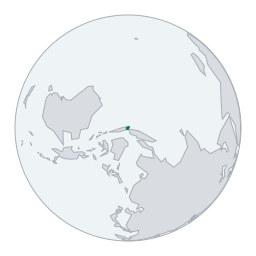 Banten highlighted on a globe, orthographic projection, rotated 156°
{"feature_id": "IDN-1226", "entity_name": "Banten", "entity_type": "Province", "adm_level": 1, "iso_a3": "IDN", "parent_name": "Indonesia", "parent_adm1": "", "projection": "orthographic", "projection_center": [105.895, -6.442], "detail": "fine", "context": "on_globe", "style": "filled", "palette": "green", "viewbox_px": 256, "rotation_deg": 156, "n_neighbors": 0, "source": "natural_earth", "source_scale": "10m", "svg_char_len": 7100}
<svg xmlns="http://www.w3.org/2000/svg" viewBox="0 0 256 256"><g transform="rotate(156 128 128)"><circle cx="128" cy="128" r="113" fill="#eef3f6" stroke="#a8b0b8"/><path d="M232.1,155.7L231.9,156.5L232.1,155.7ZM172.3,24.4L173.8,25.1L169.3,23.2L172.3,24.4ZM31.7,69.6L33.8,66.3L33.8,68.1L36.1,67.1L43.2,57.7L39.5,59.1L42.4,55.1L48.2,50.2L52.0,49.7L53.3,48.2L53.9,45.4L57.8,42.4L54.4,44.3L53.5,45.6L51.4,47.0L52.1,45.9L53.4,44.8L53.2,44.5L46.8,50.4L45.2,52.4L42.6,54.5L39.7,58.2L37.9,60.4L40.0,57.7L45.6,51.2L51.6,45.2L58.2,39.6L65.1,34.6L72.4,30.1L73.2,29.6L81.9,25.2L91.0,21.6L88.9,22.6L85.7,23.8L85.3,23.8L81.7,25.5L83.9,24.5L83.6,24.8L87.7,23.1L87.7,23.3L91.5,21.7L92.0,21.7L89.5,22.7L95.9,20.8L98.0,20.8L99.5,20.3L100.4,19.9L102.5,20.4L103.4,20.1L103.1,19.7L104.9,19.0L108.7,18.0L109.2,18.2L107.9,18.6L105.9,20.0L102.3,21.3L102.9,21.4L106.1,20.3L108.6,18.5L110.8,17.9L110.1,18.5L110.5,18.2L111.7,18.0L113.4,18.1L114.4,17.4L127.4,15.9L131.9,16.4L129.9,16.9L139.5,17.3L143.9,18.5L143.6,18.1L148.0,18.5L146.7,18.1L146.8,18.0L157.5,19.8L160.4,20.7L164.7,21.7L162.6,20.9L166.3,22.1L169.3,23.2L173.8,25.1L178.2,27.2L177.5,27.2L179.0,28.4L175.8,27.8L177.2,29.1L178.8,29.8L181.9,32.4L183.0,36.0L175.3,29.9L172.3,25.6L172.9,26.9L170.8,25.8L169.8,25.9L170.4,27.1L171.7,27.7L162.3,26.8L159.8,30.2L164.9,31.1L168.0,33.2L169.6,39.7L159.9,47.4L164.1,51.7L164.3,54.2L160.7,55.0L160.2,51.4L156.6,49.5L156.9,47.5L150.9,48.2L151.1,45.5L146.4,47.7L148.1,50.2L153.3,50.3L149.2,53.9L154.4,58.9L155.0,64.3L146.0,73.2L136.9,75.4L136.4,77.3L132.8,74.9L128.0,78.3L134.6,89.7L134.4,93.0L126.6,98.8L126.4,96.3L116.9,89.8L115.1,97.6L122.3,104.7L124.7,112.8L119.2,110.0L116.7,102.9L113.3,100.4L114.3,93.5L111.6,83.5L106.0,85.2L106.5,81.3L102.0,73.4L94.0,75.9L81.2,86.4L79.4,96.7L75.0,101.5L70.0,86.9L70.5,77.4L67.0,78.5L63.3,71.1L52.0,71.8L51.9,69.6L49.4,71.0L47.1,69.2L47.5,65.6L45.3,66.3L44.7,75.7L47.1,75.1L51.2,70.9L50.4,74.5L52.9,77.4L44.8,87.2L30.6,97.8L31.7,90.2L33.9,71.8L35.2,69.5L35.3,69.3L35.5,68.9L33.1,72.6L34.3,69.2L30.5,81.9L28.7,87.9L30.3,98.3L29.6,99.7L30.9,101.7L38.0,97.6L37.5,100.2L32.6,113.1L24.9,132.1L27.4,143.7L29.3,154.1L27.7,162.0L31.1,169.9L30.8,173.3L32.9,177.9L34.5,183.2L35.9,188.7L34.9,190.4L32.2,186.3L27.7,179.1L23.5,170.0L20.8,162.5L18.6,154.7L16.9,146.9L15.9,138.9L15.4,130.9L15.5,122.8L16.1,114.8L17.4,106.9L19.1,99.1L21.5,91.4L24.4,83.9L27.8,76.6L31.7,69.6ZM53.4,54.2L57.3,54.1L60.0,49.0L61.7,48.7L62.0,47.2L60.2,48.7L61.5,44.7L64.8,43.1L66.6,41.1L65.4,41.1L59.1,44.8L57.2,50.2L54.4,52.5L53.4,54.2ZM41.3,59.4L39.3,61.4L39.6,60.7L40.2,60.2L41.3,59.4ZM37.4,61.3L37.2,61.9L36.9,62.0L37.4,61.3ZM83.2,205.3L85.6,206.7L84.1,207.0L83.2,205.3ZM38.5,150.5L40.6,169.3L38.0,169.9L35.3,164.7L33.0,153.5L35.4,149.8L35.9,144.6L38.5,150.5ZM153.1,134.4L156.5,135.3L156.4,135.9L153.1,134.4ZM149.6,132.2L153.5,132.8L148.9,133.3L149.6,132.2ZM155.0,133.0L158.9,132.5L160.6,131.8L160.3,132.9L155.0,133.0ZM147.0,132.0L132.6,130.6L127.0,128.8L128.3,126.9L137.5,128.1L147.0,132.0ZM127.8,126.8L119.2,120.9L107.4,104.9L111.6,105.3L124.0,115.2L123.2,116.8L128.4,121.4L127.8,126.8ZM148.8,118.5L148.0,123.4L140.1,122.2L136.5,121.1L134.0,114.6L135.4,111.5L138.3,111.8L149.8,102.2L153.8,105.2L150.3,109.3L153.5,113.9L148.8,118.5ZM79.8,97.7L82.0,103.9L79.7,105.0L79.8,97.7ZM154.4,95.4L149.8,99.5L154.0,93.9L154.4,95.4ZM156.9,90.1L157.2,92.4L155.3,90.0L156.9,90.1ZM136.3,80.2L133.1,80.5L133.1,79.0L137.0,77.7L136.3,80.2ZM155.4,69.2L155.4,73.4L154.8,74.8L153.3,72.0L155.4,69.2ZM111.6,16.9L105.6,17.9L101.7,18.9L100.2,19.6L99.7,19.3L105.7,17.8L111.6,16.9ZM125.3,15.9L126.6,15.7L127.8,15.8L127.7,15.8L125.3,15.9ZM124.9,15.8L123.2,15.6L125.0,15.5L126.0,15.6L124.9,15.8ZM205.8,197.5L206.1,199.1L202.9,202.0L198.9,204.6L196.0,204.5L205.8,197.5ZM180.6,198.1L181.6,193.5L185.4,194.2L183.0,197.8L180.6,198.1ZM208.5,195.5L211.4,192.3L213.6,187.3L212.0,192.2L213.1,193.5L206.7,199.1L208.5,195.5ZM169.2,176.7L147.4,182.2L142.8,180.6L144.4,177.1L141.1,166.0L142.6,166.4L142.2,159.2L155.4,154.2L165.0,144.0L171.8,145.7L177.2,138.5L184.1,140.4L181.8,146.4L188.5,152.1L194.0,138.8L197.2,155.3L201.4,162.4L201.5,173.2L190.3,188.8L184.7,191.0L184.1,189.0L181.7,190.4L178.6,188.8L177.7,182.4L175.3,183.8L178.0,179.8L174.3,183.1L173.1,179.0L169.2,176.7ZM217.8,160.2L218.6,161.0L219.4,164.6L218.3,163.4L217.8,160.2ZM230.1,157.7L230.2,159.3L229.5,159.1L230.1,157.7ZM231.8,156.6L231.0,156.4L232.1,155.7L231.8,156.6ZM223.0,152.8L223.3,154.0L223.0,154.2L223.0,152.8ZM222.8,152.3L223.4,151.0L223.2,152.5L222.8,152.3ZM219.5,142.0L220.1,141.5L220.3,142.2L219.5,142.0ZM161.5,136.0L166.2,132.7L168.7,132.7L161.5,136.0ZM218.9,140.0L217.5,139.4L217.7,138.6L218.9,140.0ZM219.0,138.2L218.9,137.0L219.6,140.0L219.0,138.2ZM216.6,134.6L218.1,137.3L216.4,134.8L216.6,134.6ZM215.6,134.5L214.4,133.2L214.5,132.9L215.6,134.5ZM201.5,131.6L206.0,139.7L202.2,138.4L198.0,133.1L194.5,136.1L186.6,133.7L188.5,131.7L187.5,127.9L179.2,124.8L177.5,122.2L180.5,121.2L174.9,118.3L181.0,118.4L183.5,123.6L186.9,120.6L192.7,122.7L198.3,125.7L202.6,130.5L201.5,131.6ZM181.0,128.9L182.0,129.1L181.0,130.4L181.0,128.9ZM212.2,129.7L213.9,132.7L213.7,133.2L212.8,132.5L212.2,129.7ZM203.6,129.9L208.3,127.3L209.4,127.7L206.3,131.3L203.6,129.9ZM207.2,124.4L209.4,125.6L210.5,128.2L210.0,128.7L207.2,124.4ZM168.5,122.3L168.2,123.6L166.6,122.4L168.5,122.3ZM170.6,121.9L175.4,124.1L170.1,122.9L170.6,121.9ZM155.8,115.3L157.2,118.6L161.8,117.1L158.3,119.6L161.3,125.1L160.3,126.9L157.3,120.9L156.1,126.6L154.1,126.3L153.1,121.2L155.1,115.4L157.1,113.2L165.3,113.3L155.8,115.3ZM170.6,118.1L169.3,114.3L170.2,112.0L171.6,114.1L170.6,118.1ZM165.4,105.3L162.0,100.8L158.9,101.9L165.1,97.3L167.4,102.3L165.4,105.3ZM162.4,96.2L159.5,97.2L162.5,94.4L162.4,96.2ZM158.7,95.8L158.4,93.0L160.7,93.7L158.7,95.8ZM163.9,96.5L164.4,92.1L165.6,94.9L163.9,96.5ZM157.3,87.0L162.3,92.0L155.8,89.3L155.3,80.9L158.1,81.0L157.3,87.0ZM171.2,58.1L170.4,56.0L172.8,56.0L172.7,57.4L171.2,58.1ZM180.0,55.0L173.2,55.4L167.7,56.1L169.5,57.3L168.5,60.5L165.6,56.9L169.3,53.9L173.5,54.0L173.9,51.5L176.9,50.5L175.8,47.3L177.1,46.3L179.3,49.4L180.0,55.0ZM175.2,45.9L174.4,40.9L179.1,42.7L180.3,44.2L178.7,45.6L176.3,44.6L175.2,45.9ZM175.6,40.4L173.3,39.4L167.4,32.1L167.3,31.1L174.3,37.1L172.5,36.6L173.1,38.2L175.6,40.4ZM146.0,17.8L146.5,17.6L147.9,18.0L146.0,17.8ZM148.5,17.6L146.6,17.3L148.4,17.5L148.5,17.6ZM142.3,16.8L145.7,17.2L142.8,17.0L142.3,16.8Z" fill="#d9dde1" stroke="#a8b0b8" stroke-width="1"/><path d="M129.0,129.1L128.9,129.1L128.7,129.0L128.6,128.9L128.4,128.9L128.2,128.7L128.0,128.8L127.9,128.8L127.7,128.8L127.4,128.8L127.2,128.8L126.9,128.7L126.8,128.8L126.7,128.8L126.7,128.7L126.8,128.6L127.0,128.4L127.0,128.5L127.3,128.6L127.4,128.4L127.5,128.4L127.5,128.2L127.8,128.1L127.9,127.9L127.9,127.6L127.9,127.3L128.0,127.3L128.1,127.1L128.2,126.9L128.3,126.9L128.4,127.0L128.5,127.1L128.8,127.0L129.0,127.1L129.3,127.1L129.5,127.1L129.6,127.3L129.6,127.5L129.7,127.8L129.4,127.9L129.2,127.8L129.1,128.0L129.0,128.5L129.1,128.8L129.0,129.0L129.0,129.1ZM126.8,128.2L126.8,128.3L126.7,128.4L126.7,128.5L126.6,128.4L126.6,128.2L126.8,128.2Z" fill="#22c55e" stroke="#15803d" stroke-width="1.5"/></g></svg>